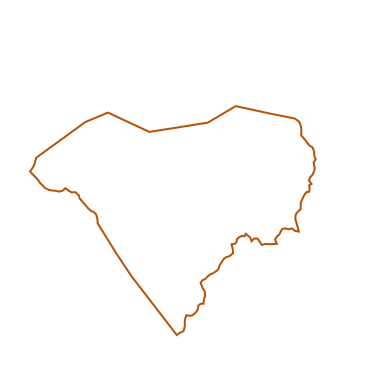 outline of Várzea da Roça, Bahia, Brazil, rotated 149°
{"feature_id": "56859067B94588370221306", "entity_name": "Várzea da Roça", "entity_type": "district", "adm_level": 2, "iso_a3": "BRA", "parent_name": "Brazil", "parent_adm1": "Bahia", "projection": "equal_earth", "projection_center": [-40.077, -11.596], "detail": "fine", "context": "isolated", "style": "outline", "palette": "amber", "viewbox_px": 384, "rotation_deg": 149, "n_neighbors": 0, "source": "geoboundaries", "source_scale": "gbopen_adm2", "svg_char_len": 1744}
<svg xmlns="http://www.w3.org/2000/svg" viewBox="0 0 384 384"><g transform="rotate(149 192 192)"><path d="M278.7,77.2L274.9,77.6L270.9,77.1L267.2,80.7L264.6,85.2L262.4,87.6L260.3,89.3L258.1,87.2L255.3,86.2L252.4,86.4L249.1,87.4L247.0,88.8L245.3,91.2L242.2,91.8L239.7,90.3L237.4,93.6L234.2,96.2L232.3,100.0L232.4,104.3L231.4,109.8L228.4,111.0L225.6,110.6L222.2,111.5L218.9,112.0L216.4,111.6L212.9,111.6L209.3,112.2L206.3,114.8L202.5,116.7L199.7,118.1L196.6,118.6L192.8,117.7L188.3,118.4L186.3,122.5L185.1,126.8L181.8,125.6L179.4,126.3L177.6,128.5L175.1,128.9L171.9,128.7L169.8,127.0L167.5,128.5L165.6,123.2L166.3,119.1L162.7,120.1L159.8,118.4L159.5,114.2L159.4,110.6L156.0,109.8L152.2,107.2L149.3,105.5L146.0,103.9L145.2,108.5L142.4,110.1L139.1,110.6L136.4,112.4L133.6,113.9L130.6,112.6L128.2,110.1L125.1,109.4L123.8,105.7L120.9,103.1L119.7,106.9L118.4,111.5L117.3,115.6L115.4,118.5L113.1,120.1L110.2,120.9L107.6,121.3L106.2,123.8L104.1,127.0L101.4,128.9L97.7,131.3L94.1,133.0L91.8,131.9L89.5,134.0L88.2,137.4L85.4,137.4L85.9,141.5L83.2,143.8L79.9,144.7L77.1,146.6L74.6,149.0L72.7,154.5L69.0,156.5L68.7,159.7L66.5,163.7L65.7,167.9L67.6,172.1L68.1,178.1L69.3,184.1L66.2,189.1L64.6,192.9L63.9,197.2L66.1,202.1L84.7,219.0L102.6,235.9L110.3,243.1L142.7,243.3L176.0,256.7L197.6,265.5L208.3,281.3L223.2,303.4L247.4,306.9L307.9,301.6L310.2,299.5L312.8,296.8L316.1,294.8L320.1,293.2L319.7,290.1L318.8,286.6L317.8,282.0L317.5,277.5L316.6,274.6L316.0,271.3L313.5,267.4L310.2,264.6L308.0,263.1L305.6,260.7L302.2,259.8L298.6,260.5L297.0,256.5L295.4,253.7L292.0,251.9L290.8,247.4L291.6,244.3L289.4,231.4L288.4,227.9L286.6,225.6L285.7,222.1L287.1,217.3L289.0,213.7L288.5,177.7L287.2,150.5L278.7,77.2Z" fill="none" stroke="#b45309" stroke-width="2"/></g></svg>